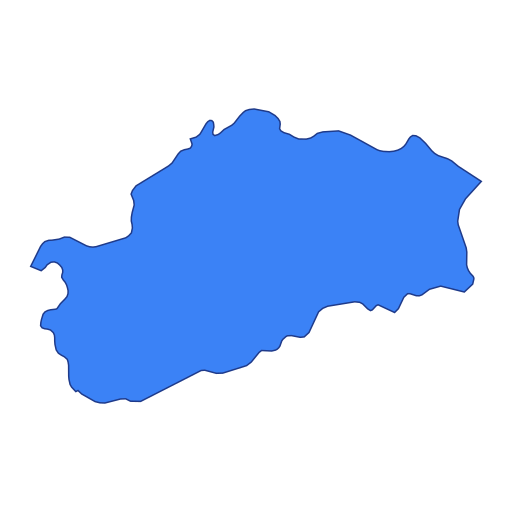 SVG path tracing the border of Haute-Saône
{"feature_id": "FRA-5301", "entity_name": "Haute-Saône", "entity_type": "Metropolitan department", "adm_level": 1, "iso_a3": "FRA", "parent_name": "France", "parent_adm1": "", "projection": "natural_earth1", "projection_center": [5.999, 47.635], "detail": "fine", "context": "isolated", "style": "filled", "palette": "blue", "viewbox_px": 512, "rotation_deg": 0, "n_neighbors": 0, "source": "natural_earth", "source_scale": "10m", "svg_char_len": 2679}
<svg xmlns="http://www.w3.org/2000/svg" viewBox="0 0 512 512"><path d="M104.9,403.0L99.9,402.8L95.1,401.6L81.7,394.0L78.0,390.5L75.8,391.6L71.6,387.1L70.1,384.5L69.0,379.5L68.7,376.2L68.6,365.2L68.1,362.0L67.3,359.4L64.4,356.8L61.4,355.2L58.4,353.2L56.2,349.9L55.0,344.5L54.7,340.9L54.7,337.8L54.4,335.1L53.3,332.6L50.5,330.0L47.5,329.1L44.5,328.7L42.1,327.8L40.6,325.7L40.9,322.3L41.5,319.5L43.1,314.2L45.0,311.9L47.7,310.5L50.5,309.8L55.5,309.2L56.6,308.9L57.1,308.5L60.4,303.7L65.0,299.0L67.0,296.6L68.0,293.7L68.1,290.7L67.5,287.9L66.6,285.0L65.2,282.3L63.3,280.0L61.7,277.3L61.9,275.0L62.7,272.4L62.7,270.0L61.8,267.5L59.8,265.1L57.4,263.0L54.3,261.9L51.0,262.2L47.1,264.8L45.2,267.5L41.2,270.7L30.7,266.4L40.6,246.4L42.6,243.7L44.9,241.6L48.8,240.3L51.9,240.2L59.2,239.1L64.4,237.1L69.8,237.3L86.4,245.8L89.7,246.8L92.9,247.1L96.1,246.7L125.8,237.8L128.7,235.8L131.4,232.9L132.4,228.0L132.1,224.5L131.3,221.0L131.4,217.1L132.2,212.5L134.2,205.0L133.7,200.6L131.1,194.1L132.5,190.5L136.1,185.8L168.5,166.0L172.1,163.0L178.2,153.9L180.7,151.2L184.4,149.7L187.5,149.1L190.4,148.1L191.7,146.0L192.1,144.1L190.3,138.9L196.2,137.1L199.7,134.4L200.8,132.8L206.1,123.7L207.8,121.7L209.8,120.4L211.8,120.6L213.3,122.2L213.7,124.5L213.9,127.0L212.7,132.1L213.0,134.3L214.7,135.6L218.2,134.5L220.5,132.9L224.1,129.5L231.7,125.3L234.2,123.2L239.8,116.0L243.3,112.4L245.5,110.7L249.3,109.5L254.2,109.0L268.8,111.8L275.0,115.5L278.1,118.6L279.9,121.5L280.2,124.1L279.6,128.8L280.9,130.9L284.0,132.7L289.4,134.3L294.0,137.1L298.7,139.0L306.3,139.1L310.7,138.0L313.8,136.2L317.3,133.4L322.9,131.9L338.6,130.9L350.5,135.1L377.2,149.8L379.7,150.7L383.3,151.4L389.3,151.7L393.9,151.2L397.9,150.1L401.2,148.5L403.9,146.4L405.9,144.0L408.8,139.0L410.4,137.0L412.7,135.5L416.0,135.8L419.9,137.9L425.6,143.4L431.7,150.7L434.6,153.4L438.2,155.6L447.9,158.9L451.8,161.0L458.3,166.4L481.3,181.4L465.5,198.8L459.5,209.4L457.7,221.2L458.2,224.8L466.2,247.9L466.8,252.1L466.6,264.8L467.3,267.8L468.5,270.6L470.2,273.2L473.0,276.2L473.7,277.5L473.9,278.8L472.7,284.1L464.3,292.0L440.7,286.1L429.4,289.3L422.0,294.8L419.3,295.8L416.2,295.7L410.0,293.7L407.6,293.7L403.8,297.3L398.4,308.7L394.6,312.5L378.1,304.8L376.3,305.6L372.3,309.9L370.5,310.6L367.7,308.9L362.7,303.9L359.7,302.3L354.7,301.8L327.7,306.2L322.8,308.3L318.6,311.8L309.0,332.5L304.2,336.9L300.2,337.3L291.5,335.6L287.4,335.8L285.9,336.6L282.9,339.3L281.8,340.8L279.9,346.1L278.8,347.7L277.2,349.2L275.5,350.1L271.7,351.0L261.6,350.5L259.1,352.4L251.3,362.0L246.6,365.6L222.8,373.1L216.3,373.3L204.7,370.2L201.1,370.5L140.6,401.4L130.5,401.2L125.7,398.8L120.5,399.0L104.9,403.0Z" fill="#3b82f6" stroke="#1e3a8a" stroke-width="1.5"/></svg>